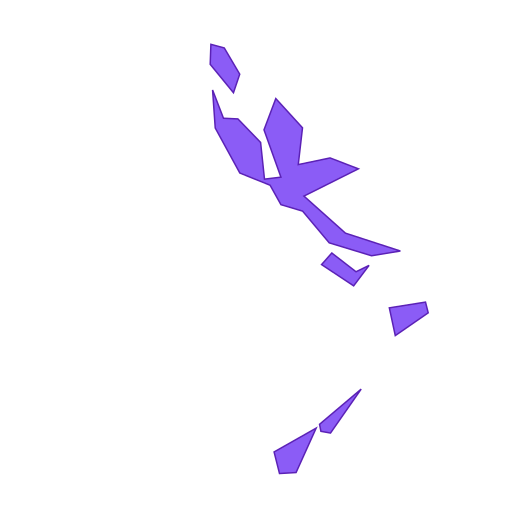 Maluku Utara, Equal Earth projection, rotated 316°
{"feature_id": "IDN-538", "entity_name": "Maluku Utara", "entity_type": "Province", "adm_level": 1, "iso_a3": "IDN", "parent_name": "Indonesia", "parent_adm1": "", "projection": "equal_earth", "projection_center": [127.364, 0.08], "detail": "coarse", "context": "isolated", "style": "filled", "palette": "violet", "viewbox_px": 512, "rotation_deg": 316, "n_neighbors": 0, "source": "natural_earth", "source_scale": "10m", "svg_char_len": 772}
<svg xmlns="http://www.w3.org/2000/svg" viewBox="0 0 512 512"><g transform="rotate(316 256 256)"><path d="M317.8,297.4L320.7,256.1L309.6,236.4L315.3,214.9L302.0,185.1L315.6,135.6L340.1,106.4L328.3,134.3L338.2,144.8L338.2,177.5L315.5,206.6L328.7,216.6L349.4,170.8L379.6,156.5L378.5,196.1L349.9,219.6L377.4,236.9L390.2,264.4L332.1,246.2L336.2,301.7L363.3,352.7L339.3,336.1L317.8,297.4ZM179.7,421.6L134.4,439.6L121.8,428.8L132.9,409.5L179.7,421.6ZM345.9,406.9L340.4,416.5L300.9,410.0L315.9,385.9L345.9,406.9ZM377.7,84.3L370.6,113.9L353.2,122.9L356.2,86.3L370.6,72.4L377.7,84.3ZM330.8,341.3L305.5,345.3L297.2,307.7L312.6,306.5L317.0,336.8L330.8,341.3ZM239.2,424.8L186.6,435.1L180.9,427.2L184.8,421.2L239.2,424.8Z" fill="#8b5cf6" stroke="#5b21b6" stroke-width="1.5"/></g></svg>